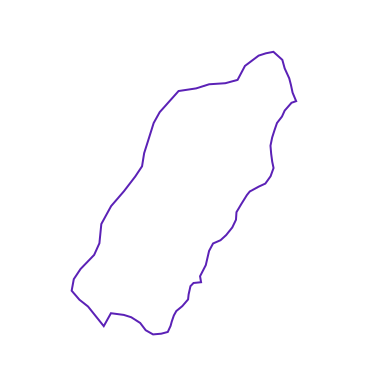 Lapathos, Cyprus (orthographic projection), rotated 44°
{"feature_id": "46923920B60691928275078", "entity_name": "Lapathos", "entity_type": "district", "adm_level": 2, "iso_a3": "CYP", "parent_name": "Cyprus", "parent_adm1": "", "projection": "orthographic", "projection_center": [33.833, 35.276], "detail": "fine", "context": "isolated", "style": "outline", "palette": "violet", "viewbox_px": 384, "rotation_deg": 44, "n_neighbors": 0, "source": "geoboundaries", "source_scale": "gbopen_adm2", "svg_char_len": 1058}
<svg xmlns="http://www.w3.org/2000/svg" viewBox="0 0 384 384"><g transform="rotate(44 192 192)"><path d="M145.2,47.6L142.5,64.5L146.9,79.7L140.4,90.6L129.5,102.6L123.0,114.6L112.2,128.7L113.3,157.0L116.5,169.0L125.2,186.4L130.6,197.3L138.2,208.2L140.4,220.2L142.5,238.7L143.6,258.3L149.0,278.0L161.0,293.2L165.3,305.2L165.3,324.8L167.5,336.8L174.0,346.6L185.9,347.7L196.7,346.6L221.7,349.8L217.9,335.5L228.3,327.8L235.3,324.3L245.7,322.2L254.7,323.6L262.9,321.5L268.3,315.3L271.8,309.5L269.6,303.2L267.4,299.2L264.7,293.4L263.4,288.5L264.3,280.9L263.8,272.0L260.7,268.0L256.3,260.8L256.3,256.4L261.2,250.6L256.3,247.0L252.7,235.0L245.2,222.5L242.9,214.4L246.0,206.9L246.5,199.3L245.6,189.5L242.9,181.4L238.0,175.6L235.8,166.3L233.6,156.0L233.2,151.5L236.3,141.7L238.9,135.0L237.6,126.1L234.0,118.1L228.7,114.5L222.5,109.6L216.3,104.2L211.8,97.1L208.3,90.0L205.2,83.3L204.3,75.2L202.1,69.0L201.6,58.7L203.8,54.3L195.4,50.7L188.7,46.2L183.0,42.7L172.8,38.7L165.2,34.2L153.2,34.6L148.8,40.9L145.2,47.6Z" fill="none" stroke="#5b21b6" stroke-width="2"/></g></svg>